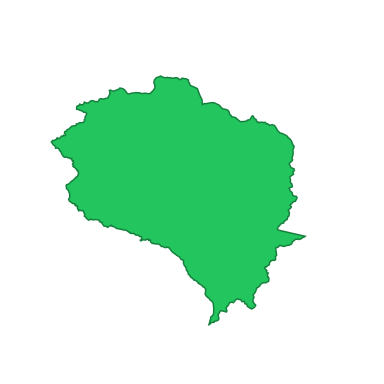 Planadas, Tolima, Colombia (orthographic projection), rotated 241°
{"feature_id": "7082276B16084639884321", "entity_name": "Planadas", "entity_type": "district", "adm_level": 2, "iso_a3": "COL", "parent_name": "Colombia", "parent_adm1": "Tolima", "projection": "orthographic", "projection_center": [-75.818, 3.098], "detail": "fine", "context": "isolated", "style": "filled", "palette": "green", "viewbox_px": 384, "rotation_deg": 241, "n_neighbors": 0, "source": "geoboundaries", "source_scale": "gbopen_adm2", "svg_char_len": 6003}
<svg xmlns="http://www.w3.org/2000/svg" viewBox="0 0 384 384"><g transform="rotate(241 192 192)"><path d="M317.6,167.9L314.9,163.5L315.7,162.1L316.2,159.7L318.0,157.1L318.0,155.9L316.8,154.1L316.7,153.2L317.5,152.3L317.7,151.4L319.7,149.8L320.4,148.8L320.8,147.2L320.1,144.6L320.9,142.9L322.8,141.4L321.9,140.8L321.2,138.7L322.2,137.2L323.3,136.5L322.5,135.0L322.8,133.2L322.2,132.3L320.3,131.2L320.0,132.0L317.6,133.7L316.5,135.0L314.3,135.9L312.9,137.8L311.6,137.9L310.3,136.6L309.6,134.9L308.0,134.1L307.4,132.8L306.4,132.5L305.7,131.6L305.7,130.3L306.2,128.7L307.1,127.6L307.0,125.1L307.6,123.9L306.8,123.5L306.6,123.0L306.7,121.5L307.8,119.1L307.4,116.6L306.8,115.3L307.0,112.8L306.2,111.7L306.5,110.0L305.5,109.1L303.5,109.2L303.0,108.8L303.3,107.2L303.9,107.1L303.5,105.8L304.2,104.8L303.4,103.3L303.2,102.0L303.7,100.3L304.3,100.7L304.8,100.4L303.8,98.6L303.9,96.2L304.7,95.3L303.9,93.2L303.2,93.2L302.4,93.6L300.6,93.5L299.5,94.2L297.3,94.5L296.4,93.9L295.7,95.7L294.7,96.5L292.1,96.3L291.5,96.8L287.3,96.5L284.7,96.9L283.9,97.8L283.4,99.4L282.3,99.8L281.1,101.5L280.5,101.5L280.4,102.0L279.8,102.4L279.6,103.0L279.1,102.4L277.3,102.6L276.9,102.3L276.4,102.6L276.5,103.2L275.9,102.8L275.4,102.9L274.3,101.0L272.9,101.5L272.3,100.3L270.9,100.8L270.5,101.4L268.9,101.5L268.5,101.9L267.1,102.1L266.5,101.9L265.4,102.6L264.9,102.1L263.6,102.0L262.8,101.4L261.1,99.1L261.2,97.9L260.0,94.4L259.8,91.6L258.7,88.1L259.2,86.0L258.8,85.1L255.7,83.9L253.6,84.6L249.7,84.1L246.5,82.4L245.5,80.6L243.8,80.3L239.9,82.0L238.8,83.5L237.6,83.3L237.5,84.1L236.7,83.6L236.1,83.7L235.1,85.1L234.2,84.3L232.3,83.7L231.8,83.8L231.5,84.3L230.5,83.8L229.9,85.8L229.3,86.2L228.8,87.2L227.4,87.8L225.6,87.3L224.6,87.5L223.0,86.1L221.1,87.1L220.1,86.8L219.7,87.2L217.6,87.8L217.2,89.2L217.4,90.4L215.6,91.7L215.0,93.6L213.1,96.5L212.0,97.2L210.9,96.7L210.3,97.5L209.3,97.7L209.0,98.6L208.1,98.2L205.1,98.4L203.4,100.3L201.9,101.2L202.3,103.6L202.0,104.3L202.0,105.6L200.7,105.4L199.9,106.5L198.7,107.5L196.8,108.2L196.2,109.2L195.0,110.2L194.5,111.2L193.5,112.0L193.3,112.6L192.0,113.6L190.6,115.9L187.9,117.1L187.5,117.7L186.9,117.6L186.5,118.2L185.8,118.0L183.6,121.3L181.9,121.7L180.0,124.3L178.8,124.4L177.3,126.1L175.1,125.1L174.9,123.4L174.0,123.6L174.0,126.1L172.6,127.7L172.4,130.7L170.6,130.6L170.3,132.3L168.2,131.6L166.4,132.3L163.5,136.0L162.9,137.5L161.4,138.3L159.1,138.8L158.8,139.9L157.0,140.9L156.6,141.6L156.1,141.9L156.0,143.0L154.8,144.7L149.0,145.7L142.8,148.6L140.9,149.8L138.8,149.6L137.3,150.5L136.8,151.4L136.2,151.5L134.2,150.1L131.3,149.6L129.3,150.1L125.9,149.2L124.7,149.7L121.5,148.9L120.2,149.7L118.8,149.4L115.0,151.0L114.1,150.9L112.9,152.3L110.6,153.3L109.4,153.2L109.0,153.9L108.5,153.6L105.1,155.7L104.6,155.4L103.5,155.7L103.3,156.4L102.5,156.6L100.4,156.9L100.0,156.4L97.9,155.5L97.3,154.6L96.2,154.0L93.5,154.1L90.8,155.3L88.6,155.5L87.0,156.4L84.3,156.6L78.3,153.9L76.8,152.8L75.9,152.5L74.0,150.3L73.5,147.7L71.7,146.7L71.0,145.4L70.1,144.9L67.8,142.5L67.7,143.5L68.3,145.3L68.2,146.6L67.3,147.9L68.0,149.0L67.2,151.8L67.4,153.2L68.0,154.0L71.9,155.3L72.5,156.1L72.9,157.3L74.4,159.1L73.6,160.5L70.4,163.9L71.2,165.0L72.9,165.2L74.4,166.0L75.2,168.7L77.0,171.2L76.2,173.5L75.1,174.6L76.5,178.0L76.5,179.9L75.2,181.0L74.4,182.3L71.8,182.6L71.0,184.6L70.3,184.6L68.5,184.1L67.5,185.4L65.0,185.0L62.2,186.4L60.7,187.6L60.9,190.7L62.1,192.9L64.8,192.2L67.3,192.5L69.0,193.9L69.6,195.0L70.7,195.4L71.6,195.3L72.3,195.7L73.8,199.0L76.7,202.2L76.7,204.5L77.3,206.3L78.2,207.3L77.9,211.0L76.9,212.1L76.8,215.8L79.6,217.6L80.5,217.1L81.5,217.6L82.4,217.3L83.2,217.9L84.1,219.4L85.2,218.5L86.2,218.6L87.0,219.4L89.6,218.6L90.6,219.0L91.0,219.7L90.3,220.8L90.9,222.2L90.8,224.2L93.0,226.0L93.4,227.9L93.2,229.5L92.1,231.2L92.4,232.4L95.1,233.6L95.6,235.2L96.1,235.6L101.7,237.6L102.5,238.3L102.0,240.3L102.7,242.6L101.8,244.2L100.9,244.6L99.7,246.3L99.2,249.2L98.4,251.0L98.3,254.0L99.8,255.9L100.4,259.6L99.4,261.8L98.6,262.5L98.2,264.9L98.5,267.0L98.2,268.6L98.4,269.5L117.0,248.8L118.3,248.8L120.0,250.8L120.0,252.1L121.1,253.8L120.8,254.6L121.1,255.6L120.4,257.1L121.6,258.2L121.6,259.1L122.0,260.5L121.8,261.8L123.8,263.7L123.8,264.7L124.8,265.9L126.8,267.2L129.5,267.4L130.1,270.5L130.8,271.7L132.9,271.3L134.3,276.0L133.8,277.9L135.6,280.7L136.5,281.2L137.5,281.2L138.7,279.5L140.0,278.7L140.9,278.6L143.0,279.3L145.5,278.4L148.4,278.9L147.9,282.0L148.4,282.7L151.1,283.2L152.2,282.6L152.9,282.8L154.0,283.6L157.6,284.8L158.0,285.6L158.2,289.2L158.6,289.6L160.0,289.6L160.7,290.4L161.1,292.0L162.1,292.0L162.8,292.5L165.3,290.4L169.5,290.6L169.9,291.3L170.7,294.6L171.3,295.6L173.3,295.7L174.5,297.4L176.2,298.8L178.0,299.9L179.8,300.4L181.5,302.7L182.8,303.5L184.5,303.1L188.2,303.7L191.3,303.3L192.7,302.4L194.1,302.5L195.4,302.0L199.5,299.3L200.7,297.7L203.9,296.7L209.3,296.6L210.4,296.2L212.0,294.8L212.5,292.7L214.1,291.5L215.0,291.2L215.4,290.2L217.4,289.9L218.0,288.2L218.4,288.0L219.8,285.9L220.4,283.7L221.2,283.7L222.4,282.7L224.3,283.2L226.4,282.0L228.1,282.3L229.2,282.1L229.2,281.1L227.2,277.8L228.0,275.2L227.6,274.3L227.9,273.0L229.9,268.6L231.9,267.5L233.2,267.3L234.3,266.4L235.8,266.4L238.5,263.3L240.3,263.2L241.6,262.7L242.5,262.7L243.7,263.3L246.1,263.0L247.8,261.7L249.9,259.1L254.9,257.8L258.8,255.0L259.8,254.0L260.8,252.1L262.6,246.7L263.4,245.6L263.5,243.5L267.8,245.5L273.8,245.8L279.4,246.8L279.9,246.8L283.1,244.5L286.1,242.1L288.3,242.5L290.3,242.5L291.9,243.1L293.9,241.6L296.4,238.4L295.9,236.9L296.0,235.9L299.0,234.5L299.9,233.1L301.0,229.9L302.5,228.6L303.3,226.8L304.1,226.2L304.8,224.0L307.1,221.7L308.6,220.9L308.8,218.2L309.3,216.6L308.3,213.6L306.5,211.8L302.7,211.0L300.9,209.9L299.7,207.6L298.4,203.1L299.3,201.1L301.1,199.0L302.4,195.8L304.1,194.3L306.4,190.6L307.1,188.2L307.9,186.9L308.0,185.0L308.5,184.1L309.3,183.4L310.8,182.9L312.6,182.9L314.9,182.2L316.3,181.2L317.9,179.3L317.5,177.7L318.1,172.7L318.8,171.5L320.7,170.0L320.9,168.9L319.4,168.8L318.2,167.9L317.6,167.9Z" fill="#22c55e" stroke="#15803d" stroke-width="1.5"/></g></svg>